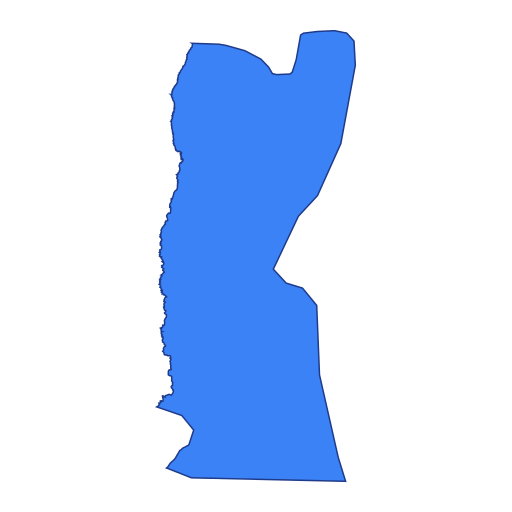 Itsandra-Hamanvou, Andjazîdja, Comoros (Mercator projection)
{"feature_id": "10938185B82482804134728", "entity_name": "Itsandra-Hamanvou", "entity_type": "district", "adm_level": 2, "iso_a3": "COM", "parent_name": "Comoros", "parent_adm1": "Andjazîdja", "projection": "mercator", "projection_center": [43.266, -11.611], "detail": "fine", "context": "isolated", "style": "filled", "palette": "blue", "viewbox_px": 512, "rotation_deg": 0, "n_neighbors": 0, "source": "geoboundaries", "source_scale": "gbopen_adm2", "svg_char_len": 6038}
<svg xmlns="http://www.w3.org/2000/svg" viewBox="0 0 512 512"><path d="M346.7,33.1L334.6,30.7L317.3,31.5L303.4,33.2L300.6,35.1L296.2,59.7L292.3,72.0L290.1,74.0L276.7,74.6L272.4,73.6L268.6,67.1L260.9,59.1L244.9,50.7L226.0,45.4L219.0,44.2L192.0,43.3L192.6,43.7L191.9,47.4L190.7,48.2L190.5,49.6L189.4,50.2L189.1,51.3L188.3,52.3L188.6,52.9L187.8,53.3L187.6,54.0L186.9,54.5L186.8,54.9L187.2,55.2L187.2,56.4L186.7,57.1L186.7,57.9L187.1,58.9L186.2,59.9L186.2,61.3L185.4,62.3L185.2,64.2L183.6,66.1L182.9,66.3L182.9,67.3L182.3,68.5L180.7,70.7L179.9,72.5L179.2,72.9L179.5,73.5L178.7,74.7L178.2,75.1L178.3,76.8L177.7,78.0L177.8,79.1L177.5,79.6L177.9,79.9L177.4,80.5L177.6,81.4L177.4,82.5L176.8,83.3L176.8,83.8L176.2,84.6L175.6,84.9L175.6,85.5L174.5,86.3L174.5,87.0L174.1,87.2L174.1,87.7L172.8,89.3L172.9,90.1L172.5,90.5L172.1,91.3L172.2,91.9L171.9,92.2L172.1,93.1L171.8,94.4L171.0,94.4L171.5,94.7L171.3,95.1L171.7,95.3L171.6,96.9L172.7,98.0L172.4,98.7L173.2,100.3L173.1,100.5L174.0,101.6L174.4,102.8L174.3,103.6L174.6,103.9L174.3,105.7L174.6,106.8L174.2,107.2L174.6,107.5L174.6,108.0L174.2,108.5L174.5,108.8L174.0,109.2L174.2,109.9L174.1,110.8L173.5,111.5L174.0,112.1L173.6,112.7L173.0,112.7L172.6,113.4L172.7,114.5L173.0,114.7L173.0,115.1L172.1,115.7L172.5,116.0L172.5,116.7L172.2,116.9L172.5,117.7L172.1,118.0L172.3,118.8L171.5,119.7L171.5,120.7L170.8,121.2L171.5,121.6L171.3,122.5L171.6,124.1L171.3,125.0L171.9,126.5L171.7,127.3L171.8,128.5L172.4,129.5L172.3,130.9L172.6,131.5L172.6,132.6L173.2,133.1L172.9,133.6L173.3,133.9L173.0,134.3L173.3,134.8L173.2,136.7L173.7,139.2L173.5,139.3L173.6,139.8L173.1,140.4L173.5,140.8L173.2,141.2L173.6,142.4L173.4,143.3L173.9,143.4L174.0,144.7L173.8,144.9L175.1,146.4L175.3,148.3L175.7,148.9L175.5,149.5L175.9,150.3L176.3,150.2L176.7,150.9L178.0,151.7L178.4,151.3L179.7,151.3L180.3,152.2L180.8,152.1L181.5,152.9L181.5,153.3L180.5,153.8L181.0,154.0L180.6,155.0L181.2,155.1L180.9,156.8L181.4,157.0L181.2,157.5L181.5,157.9L181.3,158.5L181.0,158.8L181.3,159.6L182.4,158.8L182.7,159.3L183.0,159.4L182.8,159.9L183.0,160.8L181.7,161.9L181.3,162.9L180.6,162.6L180.1,163.0L179.1,166.0L179.7,167.5L179.9,170.3L179.2,171.0L179.2,171.8L178.8,172.6L178.1,172.9L177.8,174.1L177.0,174.4L177.5,174.7L176.9,175.0L177.2,175.2L177.5,176.6L177.0,177.0L177.1,177.4L176.8,177.7L176.9,178.5L177.9,179.9L178.0,180.4L177.4,181.1L177.9,181.6L177.7,182.2L178.1,182.5L177.5,183.7L177.7,184.2L177.3,185.7L177.6,186.6L176.9,189.5L174.9,191.2L174.0,192.6L173.0,196.7L172.5,197.3L172.5,198.2L171.3,198.9L171.8,199.3L171.2,199.8L171.2,200.6L171.4,200.8L171.2,201.9L169.8,204.4L169.8,205.2L170.2,206.2L169.7,206.3L169.7,207.2L170.4,207.1L171.0,208.0L170.5,208.8L170.7,210.1L170.4,213.0L169.7,213.4L168.9,213.0L168.2,213.4L166.8,215.3L166.6,216.2L167.4,218.0L167.6,220.5L167.1,220.9L165.6,221.1L165.6,221.8L165.0,223.0L165.5,224.0L164.6,224.6L163.5,226.4L162.4,227.3L162.0,228.7L161.6,228.9L161.5,229.4L161.0,230.2L161.3,230.9L161.4,232.1L161.1,232.4L161.2,232.7L160.8,233.5L160.9,234.1L160.2,234.6L160.7,235.3L160.1,236.0L160.6,236.3L160.8,236.7L160.0,236.8L160.0,237.0L161.1,237.9L161.2,238.7L162.0,239.9L161.4,240.6L161.2,241.4L160.8,241.5L160.8,242.1L160.4,242.6L160.9,242.8L160.9,243.1L160.4,243.3L160.8,244.0L160.2,244.4L160.3,245.1L161.5,245.9L161.6,248.6L161.4,249.2L159.7,250.0L159.8,251.0L160.2,251.7L159.4,252.4L160.1,252.7L159.9,253.3L160.2,253.7L160.2,254.2L159.5,254.7L159.8,255.4L159.5,256.2L160.1,256.7L161.6,256.8L161.5,257.6L161.1,257.9L161.3,258.5L162.3,259.4L162.9,260.8L162.1,261.3L162.5,261.5L162.9,261.2L163.3,261.7L162.8,262.2L163.8,262.8L163.8,263.7L163.4,264.8L163.1,265.2L161.6,265.6L161.6,265.9L162.2,266.6L161.8,267.4L162.3,267.5L163.7,268.9L162.9,269.5L162.8,270.4L164.2,271.7L164.3,272.3L163.2,273.0L162.2,274.3L161.0,275.1L161.7,275.4L161.9,276.3L160.6,277.2L160.6,278.2L160.0,278.9L160.6,279.4L159.6,280.0L160.3,280.9L160.2,281.3L159.7,281.7L159.7,282.3L160.4,283.0L159.1,284.3L160.0,284.9L160.6,285.9L159.9,287.2L160.9,287.7L161.0,288.5L161.5,289.2L161.3,289.7L161.9,289.9L162.4,290.6L162.4,290.9L161.9,291.3L161.4,291.2L161.8,291.9L161.5,292.3L162.0,292.5L162.3,293.1L162.1,293.9L163.2,293.7L163.5,294.0L163.5,294.8L164.4,294.8L166.6,296.7L166.6,296.9L165.6,297.1L164.8,298.1L164.0,300.2L164.3,300.6L164.0,301.3L164.5,301.3L165.2,302.5L164.2,303.1L163.9,304.5L164.4,305.5L164.0,306.4L164.4,306.9L164.3,307.2L163.7,307.3L164.5,310.0L165.7,310.5L165.6,311.7L164.5,313.0L164.6,313.3L166.4,314.8L166.4,317.0L165.1,318.8L164.6,320.1L164.4,320.9L164.7,323.0L164.4,325.0L163.8,325.5L162.9,325.0L162.7,325.2L162.5,327.3L160.3,328.1L160.5,328.5L161.5,328.9L161.1,329.6L161.2,331.4L162.3,331.7L161.4,332.0L161.2,333.1L161.5,333.4L161.4,334.1L162.3,335.1L161.6,335.9L162.2,336.7L162.9,337.0L162.4,337.5L162.9,337.7L163.2,338.8L162.4,339.6L162.3,340.4L162.6,341.1L162.6,342.0L164.2,343.1L164.3,344.6L165.5,345.4L165.4,346.3L164.0,347.1L163.4,348.6L163.7,349.6L163.3,350.6L162.7,351.2L163.9,352.5L164.2,354.4L165.0,355.0L166.2,355.0L166.7,354.8L167.1,355.4L168.0,355.8L169.9,355.6L170.6,356.4L170.5,357.4L170.1,357.9L170.7,358.0L170.9,358.6L170.6,359.1L170.9,359.7L170.0,361.3L170.6,363.0L170.3,364.0L170.9,365.2L170.7,367.9L171.2,369.5L169.1,370.0L168.6,370.8L168.3,371.6L168.3,374.8L169.4,375.6L170.8,375.8L171.7,376.6L171.7,381.0L172.8,382.7L172.4,384.0L172.7,385.2L171.7,385.9L171.2,386.7L171.6,387.1L171.4,387.8L173.1,389.5L172.8,390.1L173.4,390.9L173.4,391.4L172.9,393.0L171.3,395.3L169.5,394.4L168.8,394.4L166.5,395.4L165.7,395.5L164.8,396.3L165.0,397.1L163.7,396.6L163.0,395.8L162.4,396.0L163.2,399.5L162.9,401.2L161.8,401.4L161.5,400.8L161.1,400.7L160.2,401.1L160.6,402.0L160.5,402.9L158.8,403.1L159.4,404.4L159.0,404.8L158.8,405.6L156.7,406.9L181.8,415.5L193.7,430.1L188.9,444.7L188.6,445.1L182.5,448.3L181.2,449.7L179.8,450.5L175.2,458.4L173.7,460.1L170.3,463.1L167.7,467.1L166.5,468.0L191.4,477.8L345.6,481.3L338.2,457.3L319.5,374.9L316.7,305.4L302.5,288.1L286.2,283.1L273.3,269.2L298.4,216.2L317.5,195.6L340.8,143.7L355.3,65.3L354.0,41.1L346.7,33.1Z" fill="#3b82f6" stroke="#1e3a8a" stroke-width="1.5"/></svg>